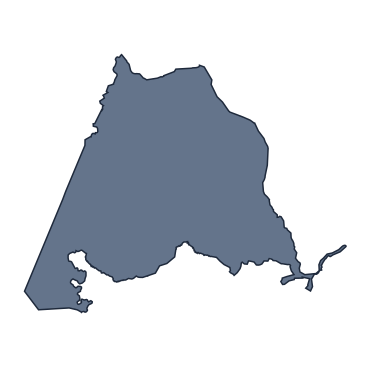 Lizuma pag., Gulbene, Latvia (Albers equal-area conic projection), rotated 275°
{"feature_id": "27541924B17941209046703", "entity_name": "Lizuma pag.", "entity_type": "district", "adm_level": 2, "iso_a3": "LVA", "parent_name": "Latvia", "parent_adm1": "Gulbene", "projection": "albers", "projection_center": [26.315, 57.198], "detail": "fine", "context": "isolated", "style": "filled", "palette": "slate", "viewbox_px": 384, "rotation_deg": 275, "n_neighbors": 0, "source": "geoboundaries", "source_scale": "gbopen_adm2", "svg_char_len": 5892}
<svg xmlns="http://www.w3.org/2000/svg" viewBox="0 0 384 384"><g transform="rotate(275 192 192)"><path d="M318.9,188.4L318.2,188.4L317.3,187.9L316.7,186.7L316.2,185.2L315.7,181.7L315.3,180.9L313.0,165.2L310.4,163.9L305.4,153.7L304.9,153.8L304.1,152.4L304.0,151.8L304.2,151.2L302.4,147.6L299.8,137.1L301.1,134.4L301.2,133.6L304.6,130.1L305.1,129.4L305.1,126.6L304.9,125.6L304.9,123.9L305.5,122.1L307.6,120.3L313.7,118.2L316.1,115.7L316.9,115.5L322.7,109.9L321.7,108.9L320.6,108.5L319.8,107.8L319.7,107.5L320.0,105.9L319.5,105.0L317.6,104.1L315.1,105.3L314.0,105.2L310.9,104.4L308.9,103.1L306.9,102.8L305.1,103.8L303.2,106.7L302.4,107.1L301.3,107.2L297.2,105.4L294.4,104.9L293.3,104.3L292.6,104.4L290.5,99.4L284.7,97.9L283.8,99.5L280.6,94.9L280.1,95.4L277.9,96.5L274.5,92.2L272.3,93.0L270.3,96.2L270.0,95.8L268.9,95.4L266.7,95.8L265.4,95.1L265.9,94.8L251.7,89.2L251.3,87.6L248.9,88.0L248.4,91.4L247.1,92.4L244.1,92.9L243.1,92.5L242.7,91.7L242.7,90.6L241.5,90.5L241.8,88.3L241.1,87.4L240.1,86.9L238.2,86.6L238.3,86.1L234.7,80.9L229.1,81.3L181.8,66.2L173.2,63.8L78.5,33.8L61.3,49.4L65.8,79.7L64.6,88.0L62.8,92.1L62.5,92.3L62.9,92.6L63.5,94.2L63.5,94.9L63.0,95.8L63.1,96.4L63.5,97.2L64.8,98.1L65.4,98.1L66.3,97.5L67.3,97.5L69.5,98.3L70.9,99.3L71.9,101.2L72.8,102.2L74.0,102.2L74.9,100.7L73.6,98.5L74.2,97.8L75.3,97.2L75.6,96.5L75.7,96.1L75.1,94.5L75.1,93.6L75.7,91.7L75.0,91.1L73.9,90.8L73.8,91.2L73.4,91.4L72.1,91.4L70.5,89.6L70.2,88.8L70.2,88.3L71.6,87.3L72.3,87.2L72.9,87.6L74.0,89.1L76.0,89.6L78.8,88.8L79.9,87.0L80.4,86.7L81.8,87.2L83.3,89.5L84.3,89.5L86.4,90.3L87.6,90.2L87.9,89.8L88.2,89.0L88.2,86.7L86.6,85.1L86.5,84.3L87.8,82.3L89.2,81.5L90.1,79.7L90.8,79.0L91.7,78.8L93.3,79.2L94.8,80.6L95.0,81.1L94.1,83.2L93.4,85.6L92.0,86.4L90.9,87.7L90.7,88.1L90.9,88.7L91.8,90.7L94.1,92.8L96.3,93.0L99.2,93.7L102.7,93.4L103.6,92.9L104.0,91.9L103.3,90.8L104.1,89.2L104.5,89.0L104.6,88.1L103.6,86.7L103.7,85.4L105.7,84.9L106.2,84.5L106.4,84.0L105.7,83.0L105.7,82.2L111.8,78.2L112.3,77.3L112.3,75.6L112.7,75.1L115.5,74.3L118.5,74.1L120.2,75.6L121.8,78.7L121.2,80.1L121.5,80.9L122.1,81.5L123.5,81.6L122.8,83.2L122.8,83.6L123.2,84.7L124.2,86.3L124.4,86.8L124.3,87.5L121.8,91.3L121.6,92.2L119.6,92.0L118.3,91.5L118.1,91.8L117.3,91.6L116.9,92.0L115.3,92.1L114.3,93.0L114.3,93.3L113.9,93.3L113.8,93.8L113.4,93.9L113.2,94.6L112.8,94.6L111.2,96.5L111.2,97.1L109.8,97.7L110.0,97.9L109.6,98.1L109.6,98.5L109.3,98.5L109.5,98.8L109.3,99.5L108.9,99.5L108.9,100.0L108.6,100.0L108.7,100.4L108.4,101.1L108.1,101.1L108.1,101.6L107.8,101.7L108.0,102.3L107.8,102.9L107.0,103.8L105.4,106.4L105.4,108.0L103.5,108.8L103.4,109.2L103.9,110.5L103.7,110.6L103.9,111.2L102.0,114.3L102.1,115.7L101.1,117.1L100.5,119.8L98.8,121.1L98.1,120.9L96.7,121.6L96.7,122.2L96.1,122.6L96.2,123.4L95.8,124.7L96.0,124.8L96.0,125.8L96.2,126.3L96.5,126.2L96.5,127.0L96.9,127.1L96.9,128.0L97.5,128.6L97.5,129.1L97.8,129.5L97.9,130.9L98.4,131.1L98.3,131.8L98.6,133.7L100.3,136.2L100.1,139.6L100.3,140.1L100.9,141.3L103.4,143.8L102.6,145.5L102.4,146.8L102.6,150.3L104.2,154.0L104.3,154.8L104.5,154.7L108.0,162.6L115.6,166.1L118.6,173.2L125.8,180.4L133.4,180.9L133.8,181.3L135.5,181.0L136.2,182.0L136.2,182.6L137.1,183.3L137.2,183.7L136.9,184.3L137.2,185.0L138.1,185.2L138.0,185.8L138.2,186.2L138.6,186.5L139.9,186.7L141.2,187.9L141.5,188.4L141.7,190.8L142.1,191.1L142.2,191.7L141.6,191.5L141.5,191.8L141.1,191.8L141.4,192.2L141.4,192.6L140.8,192.5L140.8,192.9L140.3,192.9L140.2,193.2L139.8,193.4L139.8,193.0L139.0,193.6L139.2,194.0L137.9,196.0L137.5,197.0L136.9,197.3L136.9,197.8L136.7,198.1L136.1,197.8L135.9,198.0L136.1,198.2L134.9,199.1L133.7,199.2L133.6,199.8L133.1,200.3L132.6,200.2L132.6,200.6L132.1,200.8L132.2,201.4L131.8,201.8L132.1,202.2L131.7,202.5L132.0,202.6L131.8,203.1L132.1,203.5L131.9,203.6L132.0,203.8L131.7,204.4L131.3,204.7L131.8,205.8L131.0,208.6L130.1,209.3L130.4,209.7L130.1,210.0L130.5,210.5L130.3,212.0L130.5,213.1L129.6,214.3L130.0,214.6L129.3,215.7L129.5,216.8L129.0,222.1L125.6,225.9L122.5,230.3L120.1,236.3L117.1,237.1L115.9,236.3L114.9,237.4L113.6,240.4L112.6,241.2L115.5,244.0L119.7,246.5L122.4,247.2L125.5,247.3L126.5,248.1L124.9,250.4L124.9,253.3L128.2,254.3L128.2,255.7L127.9,258.4L127.6,260.0L124.9,262.5L125.0,264.7L125.4,266.1L126.4,267.9L129.6,269.8L129.8,273.6L132.4,274.7L132.2,276.5L131.7,278.0L130.8,278.7L130.8,281.7L128.3,287.1L128.4,288.5L128.0,293.5L128.2,294.6L128.1,295.8L127.4,296.5L126.1,296.2L122.2,297.8L118.6,300.8L116.1,294.0L114.1,289.4L112.7,289.4L110.5,288.3L107.8,290.3L108.1,292.2L111.9,296.4L113.7,301.5L115.0,301.6L115.9,309.8L116.8,309.4L115.9,316.7L109.5,315.4L108.8,315.7L106.1,313.7L103.7,318.7L108.2,320.3L115.6,318.6L120.4,320.9L120.8,321.4L121.0,323.3L121.6,324.0L122.6,325.0L124.1,325.6L125.1,326.3L125.5,327.3L125.4,328.6L125.8,327.3L126.4,327.5L127.5,327.4L128.3,328.0L129.8,327.6L130.4,327.1L131.8,328.1L132.7,328.3L136.7,330.4L137.3,331.2L139.5,332.5L140.4,333.4L140.3,334.2L139.8,334.9L139.8,335.6L141.6,337.8L145.4,344.9L150.8,349.9L151.4,350.2L151.9,349.9L152.2,349.2L152.1,348.3L151.6,347.2L150.6,346.1L147.4,343.3L143.5,337.1L141.9,332.0L137.6,328.7L134.9,326.1L130.6,324.8L124.8,325.6L121.6,322.7L119.5,311.6L121.8,306.5L125.4,305.5L129.6,306.2L130.9,305.6L131.8,303.8L135.0,300.9L140.6,301.6L144.1,298.8L146.3,299.1L147.1,298.3L149.7,297.9L150.8,297.4L152.9,296.2L153.0,295.8L155.2,294.7L159.7,294.1L162.6,290.3L164.0,289.6L164.4,287.4L165.0,286.9L171.2,285.8L175.1,282.9L175.4,281.5L174.4,280.3L174.2,279.1L176.7,278.9L179.7,274.9L181.6,274.6L182.1,273.8L183.8,273.0L186.0,270.8L190.2,269.7L191.1,269.8L193.6,267.5L196.1,264.4L198.7,263.1L207.5,261.6L210.8,263.0L213.3,263.5L214.2,263.4L225.2,264.7L242.1,264.0L244.0,263.4L248.1,260.6L251.6,259.0L258.5,252.8L266.0,248.5L265.8,248.3L268.6,243.7L271.0,236.6L274.9,222.8L276.0,221.4L284.3,214.5L289.0,208.7L300.7,201.7L305.4,202.0L317.6,193.3L318.9,188.4Z" fill="#64748b" stroke="#1e293b" stroke-width="1.5"/></g></svg>